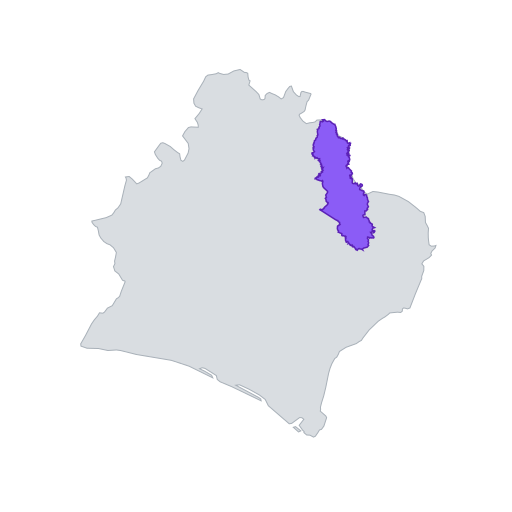 location of Tchologo, Savanes, Ivory Coast, rotated 31°
{"feature_id": "98640826B18937667882346", "entity_name": "Tchologo", "entity_type": "district", "adm_level": 2, "iso_a3": "CIV", "parent_name": "Ivory Coast", "parent_adm1": "Savanes", "projection": "mercator", "projection_center": [-4.919, 9.548], "detail": "fine", "context": "in_parent", "style": "filled", "palette": "violet", "viewbox_px": 512, "rotation_deg": 31, "n_neighbors": 0, "source": "geoboundaries", "source_scale": "gbopen_adm2", "svg_char_len": 9743}
<svg xmlns="http://www.w3.org/2000/svg" viewBox="0 0 512 512"><g transform="rotate(31 256 256)"><path d="M129.2,118.3L130.7,118.2L134.7,117.1L138.4,114.4L141.7,108.8L146.3,104.3L151.5,104.6L153.0,103.8L154.8,103.6L157.0,106.6L159.2,108.8L160.7,108.9L161.8,113.2L171.3,115.0L175.3,116.1L178.7,119.2L179.9,119.3L181.3,118.7L182.4,117.6L182.6,116.4L181.2,113.6L181.8,111.0L183.3,108.8L185.8,108.6L189.4,108.0L193.6,108.0L196.7,108.4L198.0,106.1L196.8,99.8L197.1,96.3L197.6,93.3L198.8,92.1L203.4,95.9L207.7,97.2L210.7,97.3L211.6,96.6L210.3,92.6L210.6,91.3L211.8,90.6L213.8,90.2L219.2,88.6L219.8,88.9L220.8,95.3L220.3,97.4L221.5,101.7L222.9,105.7L222.8,107.3L221.6,109.8L220.3,112.1L220.4,113.1L222.6,114.6L226.7,116.2L231.0,116.6L233.4,114.2L235.9,112.3L237.6,110.6L238.2,108.1L240.9,106.3L248.7,104.0L255.9,103.6L257.6,104.3L260.9,107.9L265.0,110.3L271.2,110.0L275.8,111.4L279.7,114.1L282.3,120.1L285.2,124.4L286.4,130.6L291.0,133.8L294.5,135.3L299.4,139.8L304.4,142.0L309.5,141.5L311.9,143.8L315.8,145.5L319.6,145.6L323.0,140.5L327.5,138.4L338.8,134.3L343.3,132.4L347.8,131.3L358.8,130.9L368.9,132.2L373.9,133.1L377.4,132.4L380.6,134.9L384.0,140.0L386.8,141.6L389.6,143.4L391.7,147.5L394.2,151.5L395.5,153.3L398.6,157.2L401.2,157.3L403.7,155.6L404.8,154.3L405.4,156.9L404.3,161.1L404.5,163.8L406.0,164.8L405.2,168.2L402.2,173.9L402.2,177.3L405.2,178.4L407.3,182.0L408.5,188.1L409.8,190.2L409.9,191.5L412.1,206.4L414.7,221.3L413.1,223.3L410.7,223.9L409.2,224.6L408.8,226.0L409.8,228.0L409.1,229.9L406.3,231.2L400.0,235.9L399.5,237.8L397.9,241.8L396.5,244.3L394.4,248.9L391.1,261.0L389.9,271.0L389.8,274.1L388.5,276.2L387.1,279.4L380.2,287.9L376.7,294.9L377.2,298.0L377.3,301.1L376.3,303.3L376.5,309.2L377.3,314.1L378.6,319.0L383.5,332.8L386.1,341.1L387.7,347.8L389.1,352.4L390.4,354.2L391.0,355.9L398.3,357.2L399.8,358.2L401.8,366.9L401.4,370.9L400.0,372.4L400.0,375.7L399.7,379.9L398.6,381.6L394.5,381.8L391.7,383.3L388.0,382.7L387.7,381.7L385.7,381.3L380.2,378.9L381.1,371.3L378.6,371.0L376.6,372.0L372.8,381.1L370.9,382.7L343.7,378.0L337.8,374.2L330.7,373.4L318.3,373.8L308.2,374.9L305.2,377.2L331.0,375.9L333.7,376.1L335.0,377.5L302.5,380.5L290.1,382.3L286.4,381.8L283.6,378.9L270.2,378.6L267.4,379.5L265.7,381.7L271.0,381.2L279.4,381.1L281.7,382.7L255.5,384.9L237.3,389.0L229.6,392.0L204.3,402.0L188.8,406.7L184.8,408.4L177.7,413.3L168.7,416.4L158.6,422.1L152.4,423.4L151.0,421.6L150.8,411.9L150.0,398.9L150.3,393.9L151.1,389.2L151.1,385.3L154.2,383.9L155.0,382.2L155.5,377.2L158.4,372.6L158.4,364.6L159.3,362.9L159.9,360.8L158.7,355.5L157.1,345.5L156.3,344.9L155.6,345.3L154.0,345.5L147.6,342.1L142.7,341.5L139.3,338.5L139.0,335.2L137.4,333.2L136.2,329.4L134.5,324.9L129.6,322.3L125.1,321.6L121.9,322.2L118.1,322.0L113.7,320.5L110.7,318.8L107.9,315.6L105.3,313.0L103.2,313.3L100.6,312.7L98.1,311.6L97.3,310.6L107.8,300.3L111.4,295.2L111.8,292.2L111.8,289.0L112.9,285.8L113.2,281.0L107.4,263.2L105.9,257.7L104.4,256.1L103.4,255.5L106.3,253.2L110.4,253.8L116.6,255.6L118.0,253.9L122.7,244.9L122.5,241.6L122.1,239.3L124.8,233.1L127.0,230.8L128.2,228.2L127.8,224.7L126.2,223.4L124.0,223.6L121.4,222.8L117.4,220.8L115.3,219.0L116.0,210.9L116.3,208.4L117.8,206.9L119.9,206.5L126.1,206.3L131.1,207.2L135.5,207.7L137.9,207.7L139.8,210.1L142.3,212.6L144.5,212.6L145.3,210.7L144.8,202.7L143.3,198.5L139.9,194.4L131.2,190.9L131.0,186.0L131.9,180.7L133.8,178.8L140.2,175.4L139.1,173.6L137.0,171.7L132.9,169.7L133.9,163.4L134.1,157.7L130.6,158.4L127.1,158.7L124.1,157.0L121.6,153.5L121.1,144.1L121.1,133.1L120.6,128.3L121.6,125.7L124.6,123.3L128.0,120.3L129.2,118.3ZM384.5,382.8L383.1,384.9L376.2,383.6L377.8,381.9L384.5,382.8Z" fill="#d9dde1" stroke="#a8b0b8" stroke-width="1"/><path d="M321.0,148.3L320.7,148.4L319.9,147.6L319.6,147.0L318.9,146.8L317.7,147.2L317.6,148.5L316.7,148.4L316.0,147.3L315.8,145.6L314.8,144.8L313.4,145.4L311.7,145.4L311.0,145.7L310.6,145.6L310.1,144.6L310.0,142.9L310.1,142.5L310.8,141.8L310.9,141.3L310.7,140.5L310.1,140.1L308.8,140.2L308.4,140.4L308.3,141.1L308.8,142.0L307.8,143.3L306.8,143.2L306.2,142.4L305.2,141.6L304.6,142.7L303.5,142.2L303.2,142.5L302.8,143.6L301.3,144.0L300.5,143.3L299.7,141.6L299.0,140.8L298.8,140.2L297.5,139.8L297.1,140.2L297.3,140.7L296.7,140.8L296.5,140.6L296.5,140.0L295.9,139.7L295.7,139.1L295.1,139.0L294.8,138.7L294.9,138.2L296.1,138.6L296.3,138.6L296.0,137.7L295.9,136.6L296.3,135.9L295.5,135.1L294.5,135.2L294.1,134.0L291.1,133.3L289.8,132.7L289.0,133.0L288.7,133.9L288.2,133.3L287.2,132.9L286.7,132.0L286.8,131.5L287.4,131.0L287.1,129.8L287.9,129.9L288.3,129.5L287.4,128.9L287.2,128.2L286.4,128.0L286.0,127.7L285.9,127.3L286.2,126.5L286.4,126.5L287.0,127.2L287.2,126.9L286.6,124.9L285.3,123.6L284.1,123.3L284.0,122.8L284.8,121.6L284.6,121.4L283.5,121.9L282.9,122.6L282.4,122.4L281.9,122.5L281.9,122.2L282.5,121.8L282.8,121.4L281.9,121.4L281.0,121.2L281.2,120.5L281.8,120.4L282.5,120.8L282.8,120.7L282.8,120.3L282.6,120.0L281.2,119.6L281.2,118.9L281.7,117.8L281.5,117.5L281.1,117.4L279.9,118.0L279.5,117.7L279.6,117.4L280.2,117.3L280.5,117.0L280.6,115.3L280.2,115.3L278.8,116.3L278.5,116.1L279.3,114.5L279.1,114.3L278.6,114.0L278.5,113.6L279.8,112.7L279.5,112.3L278.8,112.3L278.6,112.1L279.1,111.2L279.0,110.8L278.4,111.1L278.0,110.6L277.2,111.7L276.2,112.0L275.4,111.2L274.4,110.8L274.8,110.3L274.6,110.1L273.7,110.8L272.9,110.4L272.2,110.4L271.7,110.8L271.1,110.5L270.5,110.7L269.8,110.1L269.4,110.4L269.5,111.1L269.0,111.0L267.9,111.7L266.6,111.1L266.2,112.0L265.8,112.1L265.5,111.5L264.5,111.6L263.6,111.0L263.0,109.9L262.5,110.1L262.1,110.0L261.9,109.0L261.2,109.0L260.8,108.8L261.0,108.1L260.7,107.4L260.5,107.1L259.8,107.3L259.4,105.7L258.6,104.9L258.3,104.9L258.2,104.5L257.5,103.8L256.3,103.1L255.8,102.5L254.6,103.0L253.5,102.8L252.9,103.0L252.0,102.6L251.2,102.7L250.7,102.3L249.6,102.5L249.1,102.7L247.7,104.1L245.9,104.3L244.6,103.7L242.8,105.0L244.3,105.6L243.9,106.7L242.1,107.3L241.8,107.6L242.8,109.9L242.8,110.5L243.7,111.3L243.9,111.8L243.6,113.3L244.2,113.8L244.2,114.7L243.3,115.9L244.1,116.6L244.5,117.8L246.7,120.4L246.4,121.2L247.1,122.1L247.3,122.9L246.7,124.1L247.3,125.9L246.7,127.0L247.3,128.3L247.2,128.9L247.6,129.2L247.6,130.2L247.8,130.6L247.6,130.7L247.9,131.5L248.5,132.1L249.4,132.4L249.6,132.9L249.1,133.5L249.2,133.9L249.5,134.3L250.1,134.3L250.3,135.5L252.2,136.4L252.0,136.6L252.2,137.0L251.9,137.9L251.2,138.4L250.9,139.0L251.2,139.3L251.7,139.2L251.6,139.7L251.8,139.9L252.3,139.6L252.7,139.8L253.0,140.8L253.4,140.4L254.9,141.1L255.0,140.6L255.7,140.5L255.4,140.7L255.3,141.0L256.1,141.7L256.1,141.1L255.8,140.8L256.3,141.0L256.7,140.8L257.0,141.0L257.6,140.4L257.8,140.7L257.6,140.8L258.0,140.9L258.3,140.5L259.0,140.7L260.4,139.8L260.8,140.6L260.6,141.0L260.9,141.2L261.1,141.0L261.5,141.2L261.3,141.4L260.6,141.4L260.4,142.0L261.5,141.9L262.0,142.5L263.0,142.4L263.5,143.2L264.6,143.5L264.4,144.4L265.5,144.3L265.8,144.8L265.7,145.8L266.3,145.8L266.6,145.4L266.9,145.7L266.8,146.7L267.1,146.7L268.0,145.7L268.0,146.0L267.5,146.5L267.5,147.0L268.3,147.2L268.3,147.5L268.1,147.4L267.9,147.8L268.2,148.1L269.2,148.1L268.9,148.8L269.6,149.5L268.8,150.0L269.4,150.3L268.9,151.0L269.1,151.4L269.0,152.6L268.6,153.1L267.7,152.7L267.5,153.0L268.2,154.2L269.1,153.7L269.6,153.8L269.6,154.1L269.6,154.3L268.8,154.3L267.9,154.9L268.0,155.1L268.6,155.3L268.9,156.2L268.4,156.6L267.8,156.5L267.5,156.7L267.7,157.5L267.2,158.0L267.5,158.3L266.7,159.0L267.0,159.4L267.3,159.0L268.1,158.8L269.3,159.2L270.1,158.7L270.4,158.8L272.0,158.5L273.4,157.9L273.9,158.0L274.2,157.1L274.4,157.2L275.0,157.9L275.6,159.8L277.6,162.0L278.9,162.6L284.0,163.7L284.6,164.7L284.4,167.9L285.0,168.3L285.6,169.1L286.1,169.4L285.7,170.9L286.8,171.4L287.9,172.9L288.2,172.8L289.9,173.6L290.3,173.2L290.8,174.1L290.7,175.5L289.7,178.6L289.5,180.0L289.8,180.3L289.4,180.8L289.3,181.7L288.7,181.9L288.5,182.3L288.6,182.5L288.2,182.6L287.7,183.2L287.5,182.8L287.0,182.8L286.9,183.4L305.2,183.9L307.1,183.8L307.9,183.5L308.2,183.9L309.2,184.2L310.3,184.1L311.0,185.0L311.1,185.8L311.8,185.7L311.8,185.8L311.0,187.5L310.5,188.2L310.6,188.6L311.6,190.6L312.7,191.7L313.6,191.8L314.3,193.3L314.9,193.0L316.0,193.0L318.0,192.6L318.7,193.9L319.1,194.2L319.5,193.9L320.1,194.0L320.5,193.5L321.7,193.4L322.2,193.0L322.6,193.3L323.0,193.0L323.3,193.2L323.1,193.8L323.5,194.1L323.6,194.4L323.3,194.5L323.5,194.8L324.0,194.8L324.2,195.8L324.8,196.6L325.4,196.9L326.0,197.6L326.5,197.6L326.7,196.8L327.1,196.8L326.9,196.5L327.2,196.3L328.5,197.2L328.6,197.9L329.1,197.2L331.1,198.2L331.3,198.2L331.5,197.6L332.1,198.0L332.6,197.6L333.1,197.9L333.1,197.2L333.7,197.5L333.9,197.9L334.3,197.8L334.6,198.2L335.2,197.5L336.9,198.3L337.8,198.3L338.0,198.5L337.9,198.9L338.3,199.1L338.5,199.1L338.5,198.8L339.2,199.0L339.7,198.5L339.9,198.6L340.0,197.0L340.6,196.4L341.4,196.5L342.7,195.8L344.1,195.8L343.6,195.5L344.1,193.9L346.8,191.1L347.1,188.9L346.1,188.5L345.9,187.0L345.4,186.2L344.5,185.8L344.4,184.8L344.0,184.1L342.5,183.6L341.9,182.3L343.1,181.8L344.2,182.2L345.1,181.0L345.9,181.0L346.4,180.5L347.4,180.1L347.6,179.6L347.4,179.2L346.5,178.6L344.6,178.3L343.5,177.0L343.0,177.1L342.1,176.7L342.9,176.2L342.9,175.0L343.3,174.4L343.6,174.4L344.0,174.6L344.7,175.6L345.1,175.1L345.1,173.6L344.9,173.3L344.0,173.4L343.8,173.8L343.4,174.0L342.8,174.1L342.0,173.8L341.7,172.1L343.0,170.6L340.5,170.7L339.6,169.8L339.5,169.1L339.2,168.8L337.6,168.8L337.2,169.0L336.9,168.9L336.9,168.6L336.4,168.3L335.6,168.5L334.5,167.1L333.6,166.9L333.2,166.1L332.6,166.0L332.0,166.2L330.5,165.8L328.3,167.6L326.8,166.4L326.7,165.9L326.9,165.4L328.1,164.5L326.1,161.4L327.3,160.5L327.3,159.5L327.7,159.0L327.6,158.4L327.0,158.3L326.7,157.8L327.0,155.9L324.9,154.5L324.3,153.2L324.4,151.4L323.7,151.1L323.2,150.5L322.6,150.3L321.4,148.6L321.0,148.3Z" fill="#8b5cf6" stroke="#5b21b6" stroke-width="1.5"/></g></svg>